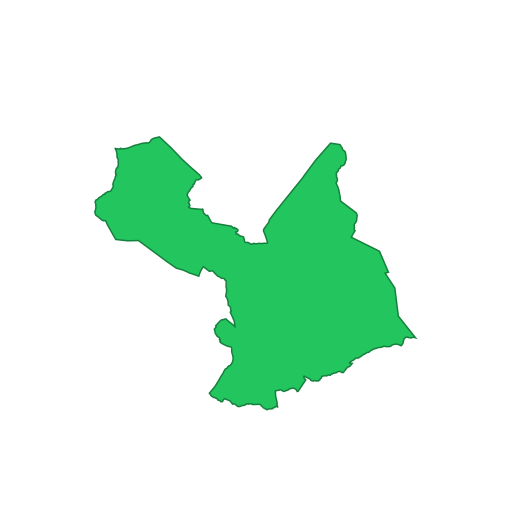 outline of Cherán, Michoacán, Mexico, rotated 36°
{"feature_id": "50627088B24017538060106", "entity_name": "Cherán", "entity_type": "district", "adm_level": 2, "iso_a3": "MEX", "parent_name": "Mexico", "parent_adm1": "Michoacán", "projection": "orthographic", "projection_center": [-101.993, 19.739], "detail": "fine", "context": "isolated", "style": "filled", "palette": "green", "viewbox_px": 512, "rotation_deg": 36, "n_neighbors": 0, "source": "geoboundaries", "source_scale": "gbopen_adm2", "svg_char_len": 6096}
<svg xmlns="http://www.w3.org/2000/svg" viewBox="0 0 512 512"><g transform="rotate(36 256 256)"><path d="M298.9,394.4L299.7,394.7L300.4,394.7L301.3,395.3L302.3,395.5L303.3,395.4L304.5,395.4L307.6,394.4L308.6,394.4L309.8,394.9L310.6,394.7L311.5,394.2L312.7,394.5L313.4,394.5L314.1,393.9L314.5,393.3L314.1,391.7L314.4,390.5L314.3,390.0L314.8,389.8L320.2,388.5L324.2,389.6L325.5,388.2L329.4,388.4L330.5,388.1L332.1,386.3L333.0,384.7L333.9,384.1L334.4,383.6L334.6,382.8L335.0,382.5L335.1,381.5L335.6,381.3L335.8,380.7L336.0,380.6L336.3,380.2L337.3,380.1L338.2,378.9L339.4,378.1L340.2,378.3L341.1,377.8L346.3,373.7L350.1,374.2L350.9,374.5L355.3,373.9L356.1,372.2L357.9,371.0L358.7,370.3L359.1,369.8L359.0,369.0L359.9,368.0L360.6,366.1L361.2,365.6L362.1,365.4L361.4,364.6L360.0,363.6L359.5,362.4L353.6,357.2L353.2,356.4L350.9,353.7L351.5,353.2L352.3,352.2L353.6,351.1L353.9,350.1L354.2,349.9L355.4,349.5L356.5,349.6L358.3,349.1L359.7,346.9L360.5,346.0L361.5,343.4L363.8,340.9L365.6,340.5L367.0,340.5L369.0,341.4L369.6,340.7L369.1,327.0L368.1,326.8L366.2,326.2L365.5,325.4L365.5,324.9L372.1,323.8L373.3,324.3L374.3,324.2L376.1,323.3L376.9,322.1L377.8,321.9L378.7,321.2L378.9,320.8L379.9,320.5L380.5,318.5L380.2,317.8L380.2,317.4L380.5,316.9L380.5,316.3L380.4,315.6L380.1,315.2L380.0,314.7L382.0,312.4L383.6,311.5L383.9,311.1L384.0,310.4L385.3,309.2L386.2,308.8L386.4,307.2L387.0,306.7L387.7,305.3L389.5,303.3L389.8,302.8L389.9,301.9L391.6,300.1L392.3,299.8L393.7,299.9L395.1,299.0L395.3,293.2L395.6,291.8L396.5,290.7L396.8,289.4L397.0,286.3L394.6,287.6L394.4,286.8L394.7,285.6L396.3,282.3L396.4,281.3L397.1,279.5L398.3,278.8L398.9,278.0L399.8,275.9L400.9,272.4L401.1,271.9L401.6,271.6L401.7,271.0L402.5,269.0L403.9,267.5L404.3,265.5L404.7,264.6L406.2,261.7L407.5,260.1L408.7,258.3L409.2,257.7L410.0,257.2L411.7,255.3L412.1,254.6L412.2,254.0L415.4,252.3L417.0,251.0L418.0,249.9L418.5,247.9L419.8,246.1L421.9,244.4L425.0,243.5L426.0,243.4L426.3,243.0L426.2,242.0L426.3,240.5L424.7,236.6L424.6,235.9L424.9,234.0L425.3,233.2L426.1,232.7L427.7,232.2L429.6,231.1L431.4,229.0L433.1,228.4L406.5,221.0L387.1,200.3L370.5,194.0L372.7,191.3L353.1,179.6L322.2,184.8L321.6,181.6L321.3,177.3L320.4,177.2L319.7,176.8L319.2,175.5L317.2,173.2L316.9,172.3L316.9,169.6L316.6,168.2L315.4,166.3L314.1,163.8L313.4,163.2L311.8,162.2L292.0,161.8L289.2,158.6L284.3,154.0L281.4,151.9L277.8,149.9L277.8,148.6L277.5,147.1L276.4,145.7L274.5,144.5L272.3,141.8L272.5,138.6L271.8,137.4L271.9,136.7L272.3,135.8L272.4,135.1L271.8,133.2L273.0,132.2L273.7,130.4L273.4,128.3L272.6,126.4L272.5,125.6L271.9,124.4L268.8,120.9L266.8,119.2L265.8,119.0L264.4,119.3L261.7,117.7L258.4,116.5L250.0,120.9L247.9,143.2L247.7,163.3L247.8,165.0L245.7,207.2L245.5,218.8L246.1,220.1L246.5,221.7L246.5,229.8L246.9,230.6L247.4,231.4L250.4,233.2L256.6,237.6L257.6,238.8L256.8,239.7L255.2,240.8L252.7,243.0L251.0,243.9L248.8,246.3L246.8,247.0L246.2,247.9L246.2,248.5L245.5,248.8L244.9,249.4L242.0,249.6L241.1,249.9L240.4,250.8L239.3,251.2L237.8,250.7L236.7,249.3L236.3,249.3L234.9,248.0L233.8,248.1L231.2,249.2L228.1,249.0L227.5,249.7L227.1,249.8L226.4,249.5L226.2,249.0L225.5,248.4L226.3,247.8L226.6,246.9L226.5,246.3L226.0,245.5L225.5,245.3L224.9,245.3L224.4,245.5L223.9,245.3L222.9,245.8L221.8,245.6L221.4,246.6L219.6,246.4L218.0,246.5L217.3,247.0L201.2,254.9L200.7,255.0L199.3,254.6L193.1,251.6L192.7,251.7L192.5,252.1L191.5,252.6L188.1,251.9L187.8,251.7L185.6,249.5L185.1,249.5L184.4,250.4L175.6,255.6L174.7,255.9L172.9,256.1L172.7,255.1L173.0,254.7L173.0,254.3L172.3,253.6L171.2,253.0L171.0,252.6L170.3,252.7L169.7,252.0L169.4,250.6L169.8,250.4L169.9,249.8L169.8,249.6L169.4,249.3L169.0,249.3L166.2,248.2L164.2,246.9L164.1,245.7L163.8,245.1L163.7,244.2L163.9,243.4L163.9,241.7L163.5,239.8L163.8,238.4L163.6,237.9L164.1,237.3L164.0,236.5L163.3,235.9L163.2,235.5L163.3,234.7L163.8,233.9L163.2,232.9L163.2,232.0L162.8,230.3L162.8,229.5L163.3,229.0L164.4,228.6L165.2,227.1L166.1,224.9L165.8,224.5L162.4,223.6L150.3,222.5L139.2,221.2L123.7,218.4L107.9,216.4L104.2,220.6L102.9,223.2L103.1,225.2L102.9,227.4L99.8,229.7L97.3,232.2L94.6,235.8L92.9,237.6L89.0,243.9L87.1,245.9L84.2,248.5L83.4,248.7L83.2,248.5L82.3,250.1L81.4,250.6L80.9,250.6L80.4,251.0L80.1,251.6L79.1,251.5L78.9,251.7L79.3,252.1L81.1,253.0L82.5,254.2L84.0,255.7L85.4,257.7L87.7,258.9L88.4,259.6L89.0,260.8L89.9,261.6L90.4,262.3L91.7,264.6L91.8,266.4L91.5,267.0L92.3,269.3L92.8,270.4L94.0,271.9L95.1,271.9L95.0,272.9L95.5,273.3L95.6,274.7L96.4,276.2L96.5,276.7L96.5,277.6L97.7,281.4L98.0,282.1L99.7,283.6L100.3,288.5L99.2,290.5L98.7,290.6L98.3,290.9L97.8,292.5L97.0,294.0L97.0,294.3L97.4,294.9L97.4,295.1L96.3,295.9L95.8,298.9L94.9,300.3L94.6,301.6L94.5,303.6L93.6,304.9L94.0,306.8L95.9,308.2L96.8,309.5L98.0,310.8L99.5,314.1L99.4,314.7L100.8,316.1L102.3,317.1L108.2,317.3L110.3,317.6L110.9,317.1L111.7,317.3L113.5,315.8L117.3,318.0L132.8,325.1L143.3,319.1L151.8,312.6L188.2,312.9L198.7,312.7L204.8,310.4L208.4,309.5L211.7,309.0L221.6,305.9L220.7,303.5L219.8,298.9L219.7,295.6L227.3,295.8L229.6,293.4L232.8,294.2L237.0,294.8L239.4,294.2L241.0,294.4L242.2,293.6L243.6,293.0L244.2,293.0L244.9,293.6L245.6,293.5L246.3,293.7L247.5,295.0L249.8,298.4L251.5,300.0L252.8,301.6L255.2,306.4L257.6,307.3L259.6,308.8L260.3,309.4L262.3,312.0L264.9,312.3L265.5,312.6L267.5,314.7L268.3,314.8L268.2,316.6L272.0,318.7L277.0,321.7L277.7,322.7L278.5,323.2L280.6,325.6L280.0,325.7L279.4,325.3L278.1,325.2L269.7,324.8L268.9,324.5L268.5,324.7L268.0,325.4L267.4,325.8L266.8,326.9L265.6,328.0L265.1,329.8L264.4,336.0L265.0,336.1L265.0,336.6L265.3,336.8L265.3,337.2L265.5,337.3L265.3,339.3L265.4,339.9L265.7,340.1L266.3,340.3L268.4,342.4L271.9,343.8L274.3,343.6L275.5,344.2L275.6,345.2L276.8,345.2L277.1,345.7L277.2,346.6L278.2,346.6L278.6,346.9L281.8,346.6L282.2,346.3L283.8,346.2L286.3,345.6L289.2,344.3L289.9,344.5L290.8,345.2L292.5,347.6L293.4,348.4L296.8,351.2L297.7,352.4L298.5,353.7L299.2,355.5L299.5,357.2L299.5,359.7L298.7,360.7L298.3,362.1L298.5,363.7L297.8,364.9L297.6,366.1L297.9,368.8L298.2,369.8L298.5,375.0L298.9,377.9L299.5,385.6L298.9,394.4Z" fill="#22c55e" stroke="#15803d" stroke-width="1.5"/></g></svg>